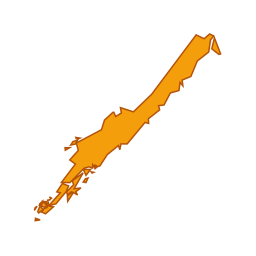 Hograno-Kia-Havulei, Isabel, Solomon Islands (Robinson projection), rotated 277°
{"feature_id": "97153195B62958617202697", "entity_name": "Hograno-Kia-Havulei", "entity_type": "district", "adm_level": 2, "iso_a3": "SLB", "parent_name": "Solomon Islands", "parent_adm1": "Isabel", "projection": "robinson", "projection_center": [158.602, -7.881], "detail": "medium", "context": "isolated", "style": "filled", "palette": "amber", "viewbox_px": 256, "rotation_deg": 277, "n_neighbors": 0, "source": "geoboundaries", "source_scale": "gbopen_adm2", "svg_char_len": 1755}
<svg xmlns="http://www.w3.org/2000/svg" viewBox="0 0 256 256"><g transform="rotate(277 128 128)"><path d="M231.3,197.6L225.9,192.7L228.7,184.3L164.4,147.4L144.7,131.4L147.3,118.0L142.1,119.6L137.9,114.4L141.9,112.0L141.7,111.1L133.0,103.7L123.1,101.9L106.8,78.6L99.7,81.4L89.2,74.1L85.8,80.2L65.9,68.6L66.7,77.0L82.7,89.3L84.7,93.9L84.0,97.7L87.2,97.4L86.5,98.0L87.1,100.0L86.0,102.7L86.9,104.7L99.1,110.7L109.5,120.7L105.4,122.5L111.4,123.0L112.1,129.1L135.6,144.2L135.1,147.9L139.7,147.1L149.8,157.2L153.9,155.6L155.2,160.9L168.0,165.8L171.4,174.0L179.6,174.1L176.6,177.3L182.2,175.9L186.8,184.1L203.0,188.6L213.2,198.8L225.5,199.2L229.8,201.8L231.3,197.6ZM78.0,88.9L68.7,79.1L65.2,81.0L57.0,74.8L54.3,76.0L57.9,79.7L57.5,80.7L53.3,76.1L47.9,77.1L57.3,81.7L55.4,86.1L58.3,83.8L62.8,88.6L61.1,81.9L78.0,88.9ZM64.9,69.6L55.9,65.1L55.4,68.7L41.5,59.0L43.9,65.7L57.4,74.4L63.3,76.1L64.9,69.6ZM228.0,202.8L216.8,201.5L212.1,209.3L212.8,210.9L228.0,202.8ZM44.8,57.9L44.8,53.3L42.2,58.0L39.1,57.2L38.4,55.8L41.8,56.4L44.2,52.6L40.1,51.1L39.2,55.2L34.0,52.7L32.8,56.6L40.7,63.6L40.9,58.7L44.8,57.9ZM82.3,95.9L81.4,88.7L75.9,92.1L82.3,95.9ZM39.9,50.2L34.0,48.6L32.8,49.7L36.7,53.7L39.9,50.2ZM109.7,79.4L107.9,75.1L104.1,73.2L105.6,77.6L109.7,79.4ZM73.4,94.4L72.4,91.9L68.9,90.1L68.7,92.9L73.4,94.4ZM27.1,47.2L24.7,47.2L26.1,52.0L27.1,47.2ZM101.4,72.5L100.8,67.9L98.3,68.5L101.4,72.5ZM85.5,101.9L86.2,98.5L83.6,100.3L85.5,101.9ZM34.8,45.1L39.3,47.3L37.6,45.6L34.8,45.1ZM112.1,81.5L112.3,77.4L111.1,77.9L111.2,79.9L112.1,81.5ZM44.5,51.8L42.2,49.8L40.5,49.4L40.7,51.0L44.5,51.8ZM47.6,59.9L46.3,56.2L46.8,58.5L47.6,59.9ZM49.0,60.7L50.0,58.5L48.2,59.9L49.0,60.7ZM79.8,99.3L80.0,96.8L78.9,97.8L79.8,99.3Z" fill="#f59e0b" stroke="#b45309" stroke-width="1.5"/></g></svg>